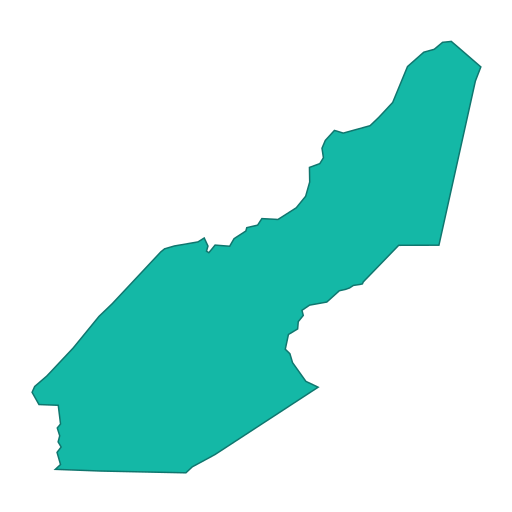 the district of Santa Rita, Guam, rotated 91°
{"feature_id": "77769853B26973637010941", "entity_name": "Santa Rita", "entity_type": "district", "adm_level": 2, "iso_a3": "GUM", "parent_name": "Guam", "parent_adm1": "", "projection": "albers", "projection_center": [144.67, 13.403], "detail": "fine", "context": "isolated", "style": "filled", "palette": "teal", "viewbox_px": 512, "rotation_deg": 91, "n_neighbors": 0, "source": "geoboundaries", "source_scale": "gbopen_adm2", "svg_char_len": 1234}
<svg xmlns="http://www.w3.org/2000/svg" viewBox="0 0 512 512"><g transform="rotate(91 256 256)"><path d="M396.2,477.5L408.3,470.4L408.7,451.1L427.4,448.5L431.4,451.7L439.2,449.1L445.3,450.6L450.4,447.5L455.8,451.5L467.9,447.8L472.8,452.9L473.7,407.6L474.0,322.3L467.9,316.0L455.2,293.5L386.1,191.6L380.5,203.9L362.0,217.6L353.1,220.4L348.7,225.1L333.9,222.2L328.2,213.1L320.9,212.6L314.6,207.7L309.5,209.1L304.2,201.6L300.8,184.4L289.3,172.1L287.8,165.9L286.3,161.9L283.7,158.1L282.6,151.4L282.0,149.1L280.2,148.4L278.5,146.9L242.8,113.5L242.0,73.3L77.2,39.7L63.0,34.5L62.7,34.9L42.3,59.3L38.6,63.8L38.0,64.5L38.2,65.8L38.6,69.0L39.1,73.2L39.2,73.3L40.6,74.9L46.2,81.4L49.3,91.8L63.9,107.8L100.1,122.0L115.3,135.7L123.7,144.2L131.6,170.9L129.7,177.4L129.1,179.8L139.2,188.7L147.1,191.9L156.6,190.3L162.5,193.8L166.5,204.1L181.1,203.6L193.9,207.0L195.4,207.4L207.1,216.6L219.1,234.7L219.1,235.6L219.0,236.8L218.5,250.8L225.1,254.9L227.8,265.7L231.2,266.6L239.0,278.2L246.7,282.5L245.8,297.1L251.3,301.4L253.5,303.2L252.1,305.6L246.9,304.2L238.9,308.1L242.9,314.2L247.4,337.8L250.4,347.5L253.5,351.2L306.2,398.9L319.1,411.9L351.2,437.2L379.7,463.1L390.3,475.0L396.2,477.5Z" fill="#14b8a6" stroke="#0f766e" stroke-width="1.5"/></g></svg>